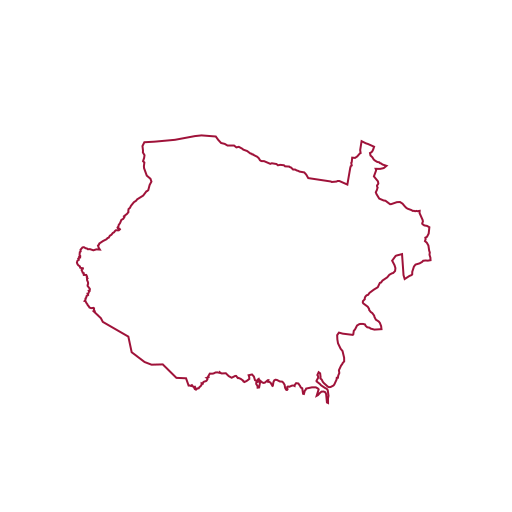 Afigya Kwabre South, Ashanti, Ghana, rotated 230°
{"feature_id": "2480657B27047738560833", "entity_name": "Afigya Kwabre South", "entity_type": "district", "adm_level": 2, "iso_a3": "GHA", "parent_name": "Ghana", "parent_adm1": "Ashanti", "projection": "albers", "projection_center": [-1.625, 6.839], "detail": "fine", "context": "isolated", "style": "outline", "palette": "rose", "viewbox_px": 512, "rotation_deg": 230, "n_neighbors": 0, "source": "geoboundaries", "source_scale": "gbopen_adm2", "svg_char_len": 6145}
<svg xmlns="http://www.w3.org/2000/svg" viewBox="0 0 512 512"><g transform="rotate(230 256 256)"><path d="M200.1,121.1L199.8,121.6L198.1,122.8L198.4,123.5L198.3,123.9L194.9,123.9L195.4,124.7L195.1,125.2L193.7,124.7L193.2,123.7L192.2,124.1L192.2,126.1L191.5,127.0L191.9,128.4L191.9,130.1L192.4,131.6L193.5,132.5L192.4,133.1L193.2,134.4L193.1,135.5L192.3,137.3L192.3,138.1L192.8,139.6L193.7,140.2L194.3,140.0L193.6,141.8L193.9,142.0L194.4,141.7L195.6,145.0L194.0,146.8L193.3,148.0L192.8,150.1L191.6,151.7L189.5,153.3L189.9,153.6L188.4,154.0L188.0,154.3L185.6,157.5L181.5,157.9L178.4,159.1L177.5,163.0L176.9,163.7L174.3,163.6L174.0,163.7L173.9,164.2L171.7,165.3L168.6,166.1L168.1,165.7L166.9,166.1L166.3,168.4L166.1,171.8L167.6,173.0L169.4,173.7L167.8,176.8L165.0,176.9L161.5,175.4L160.1,175.9L159.9,176.6L160.2,178.0L160.1,179.1L158.6,178.5L158.2,176.9L158.8,175.7L158.7,174.6L157.8,173.9L155.5,173.6L154.1,172.6L153.3,173.9L157.6,179.1L155.2,179.5L154.0,180.1L153.3,181.3L153.3,185.2L153.0,185.6L152.5,184.8L151.7,184.4L151.3,185.2L149.6,185.7L145.9,185.1L145.8,185.5L148.2,188.3L149.0,190.1L148.7,191.4L147.5,192.4L144.6,193.6L142.9,195.3L141.4,195.5L138.9,195.1L136.4,193.6L134.7,193.2L133.9,193.2L133.4,193.8L133.6,194.5L134.9,195.1L135.6,195.8L135.5,196.6L134.4,197.5L133.6,200.2L133.1,201.0L132.5,201.6L131.6,202.0L132.3,202.8L132.8,205.0L131.1,206.5L128.0,206.2L126.4,205.8L125.0,206.4L120.2,203.5L119.5,204.0L121.5,206.9L121.6,208.2L122.2,209.2L119.4,214.5L116.9,217.4L114.9,218.2L113.6,218.3L109.9,212.6L109.6,214.1L110.0,216.6L110.0,219.0L108.7,220.7L107.1,221.5L105.2,221.0L98.2,216.2L97.1,216.7L100.6,219.6L102.3,221.7L107.1,224.7L108.9,224.8L110.4,224.1L115.2,222.7L116.7,222.7L121.0,221.8L121.5,222.1L122.8,225.4L124.0,226.3L125.4,226.5L126.7,229.3L124.9,229.7L121.8,227.7L120.8,226.6L119.1,226.9L116.7,226.3L115.0,226.3L110.0,227.0L108.8,227.4L107.7,228.9L107.0,232.0L107.2,233.3L109.5,238.2L110.8,239.6L110.1,240.5L111.6,242.2L112.8,244.6L115.2,246.1L117.4,250.8L117.7,252.4L118.2,253.4L118.6,255.8L121.4,258.1L127.6,261.2L130.5,261.2L136.4,262.7L139.8,264.7L143.2,267.3L144.0,270.3L140.8,272.5L133.4,279.4L133.4,280.1L135.8,282.8L136.1,284.7L137.8,288.7L137.4,291.3L136.8,292.4L135.2,294.3L133.5,295.5L132.1,295.1L129.9,295.4L128.1,296.9L126.8,297.1L123.5,299.4L119.3,305.1L121.9,306.8L125.2,307.9L127.0,307.9L130.2,306.9L133.3,307.6L134.4,308.2L137.6,308.4L139.3,307.9L141.9,308.0L142.7,308.6L145.3,309.0L150.8,307.7L151.7,307.9L152.7,308.9L153.0,311.6L153.8,312.2L154.6,313.7L154.8,315.5L154.2,316.9L154.8,319.2L154.5,324.6L153.8,329.2L155.8,333.6L155.3,334.8L155.9,337.1L155.3,342.8L155.9,346.1L155.4,348.8L154.8,350.2L155.1,352.9L157.1,355.0L159.9,356.2L164.9,357.3L166.3,363.0L166.1,363.8L163.6,369.1L146.5,356.7L142.8,355.1L142.1,360.7L141.4,362.9L141.5,363.8L143.5,365.6L146.4,370.2L146.9,372.7L145.2,376.6L144.7,379.5L144.9,381.0L143.5,383.1L142.0,384.6L140.6,387.0L142.6,388.5L145.4,389.7L147.0,391.4L148.8,392.1L153.2,394.8L156.4,395.4L158.8,395.0L159.9,396.8L161.2,397.5L160.8,399.3L162.2,402.7L166.6,407.3L169.2,406.3L171.2,404.6L173.4,404.0L174.2,404.3L175.2,406.1L176.5,406.8L183.8,408.9L185.4,410.4L186.5,408.5L187.4,407.9L188.0,406.7L189.1,406.0L189.7,405.1L191.4,404.5L194.7,402.6L196.1,402.1L198.4,401.9L201.9,401.9L204.8,401.0L206.7,398.5L208.8,393.0L209.5,392.0L215.1,390.7L216.6,389.4L220.8,387.3L226.0,388.1L227.8,388.7L228.8,390.9L230.3,393.2L231.2,393.3L232.3,394.1L232.5,395.4L232.9,396.3L234.8,397.4L241.2,397.5L244.3,402.9L244.7,403.3L245.9,403.7L243.0,407.0L241.5,409.8L241.2,410.8L241.2,413.9L244.8,411.7L246.5,411.3L247.5,410.6L248.4,410.7L250.2,409.3L252.6,408.5L254.2,408.2L256.9,408.6L259.4,408.3L261.6,409.5L261.3,411.1L261.4,412.2L262.2,414.1L263.8,416.7L269.8,413.8L271.7,412.6L276.1,410.7L270.2,403.9L267.6,402.3L267.8,401.4L267.2,397.5L267.5,394.9L269.5,392.9L266.4,389.7L266.1,388.8L263.8,387.5L263.9,386.3L262.9,384.8L252.0,371.9L259.8,368.1L261.0,366.7L261.3,365.5L264.0,361.6L265.0,361.2L282.1,346.1L286.1,346.8L289.0,346.7L292.7,343.6L294.0,343.1L295.5,342.1L297.0,341.6L298.4,340.0L301.3,339.7L302.5,339.0L303.2,338.9L306.0,335.9L307.6,335.7L310.3,333.1L311.4,331.1L313.3,330.8L316.9,327.7L317.4,326.2L323.4,323.2L325.3,321.1L326.8,320.6L329.1,321.0L331.3,320.7L334.7,319.2L335.4,319.2L336.2,318.4L337.2,318.4L338.1,317.6L342.1,316.7L345.7,314.6L346.8,314.5L350.7,313.0L351.8,310.8L354.7,310.2L358.9,305.2L362.0,304.1L365.0,301.9L369.3,301.7L373.4,302.0L383.4,291.8L387.1,286.3L397.1,268.6L408.7,251.9L414.9,243.6L413.2,239.7L409.4,237.2L408.0,235.9L404.9,235.4L403.1,233.4L401.2,230.4L399.4,230.6L396.9,227.9L395.2,226.7L387.8,224.0L383.0,224.8L380.2,223.7L378.8,220.2L375.7,215.8L375.7,214.3L376.0,213.7L374.8,208.4L375.8,201.3L375.4,199.8L375.7,197.0L374.8,192.4L373.9,190.4L373.9,188.6L372.5,187.0L371.7,186.6L371.2,184.5L371.3,180.4L370.5,180.4L369.8,178.2L370.2,176.1L368.6,173.0L368.0,170.7L367.2,169.8L366.8,168.2L366.2,168.0L364.8,169.0L363.9,168.9L363.9,167.3L365.8,165.2L365.8,164.1L365.4,162.5L365.7,161.1L365.2,158.9L365.5,157.1L364.7,154.9L365.2,153.8L364.9,152.3L365.8,148.5L366.3,143.9L365.6,143.1L365.6,141.7L363.4,140.8L361.3,140.5L363.7,138.0L364.9,135.1L368.0,133.2L369.3,131.5L370.5,131.3L371.4,130.5L373.4,129.8L374.1,128.6L373.6,125.6L372.2,124.6L372.2,123.5L370.1,121.4L369.0,121.4L368.4,120.8L368.9,120.7L369.0,119.9L368.2,119.6L368.3,118.3L367.5,118.2L367.0,117.8L367.2,117.4L367.1,116.1L366.1,114.6L364.9,114.1L363.2,113.9L361.2,114.4L360.1,113.8L359.0,114.5L357.9,115.5L357.6,115.3L358.1,114.4L357.2,113.3L356.1,113.1L354.6,112.5L353.5,113.0L353.0,112.3L352.2,112.4L352.0,112.1L350.6,113.8L348.9,113.4L348.7,112.8L347.2,112.6L347.2,111.9L346.1,111.1L343.8,110.4L342.5,109.4L342.3,108.8L341.4,107.8L337.7,107.6L336.8,106.9L336.9,105.6L336.0,105.7L335.8,104.7L334.9,103.2L335.3,102.7L334.0,102.2L334.3,100.6L333.1,98.9L333.1,98.1L332.1,97.3L331.7,95.8L330.9,96.3L328.5,95.8L327.2,95.8L326.3,95.4L325.2,95.6L323.6,95.3L322.0,96.2L320.7,98.2L320.0,98.3L319.2,97.4L317.6,97.0L318.0,96.1L308.1,97.2L304.0,96.3L276.3,106.4L262.2,98.9L246.4,102.5L239.9,106.1L232.9,114.9L213.8,116.7L207.3,123.8L200.1,121.1Z" fill="none" stroke="#9f1239" stroke-width="2"/></g></svg>